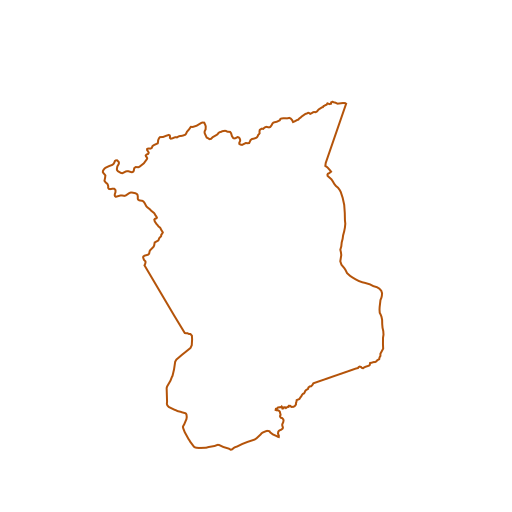 the district of Anajás, Pará, Brazil, rotated 54°
{"feature_id": "56859067B41993569024253", "entity_name": "Anajás", "entity_type": "district", "adm_level": 2, "iso_a3": "BRA", "parent_name": "Brazil", "parent_adm1": "Pará", "projection": "robinson", "projection_center": [-50.06, -0.792], "detail": "fine", "context": "isolated", "style": "outline", "palette": "amber", "viewbox_px": 512, "rotation_deg": 54, "n_neighbors": 0, "source": "geoboundaries", "source_scale": "gbopen_adm2", "svg_char_len": 6148}
<svg xmlns="http://www.w3.org/2000/svg" viewBox="0 0 512 512"><g transform="rotate(54 256 256)"><path d="M113.2,232.8L114.2,235.7L114.9,238.8L116.0,240.8L116.3,241.9L115.7,244.1L115.1,245.6L114.3,246.9L113.9,247.9L113.7,248.9L113.6,250.3L112.8,250.9L112.2,252.2L111.7,254.4L111.0,256.0L109.8,256.2L108.7,255.3L107.8,254.9L106.8,255.4L106.0,257.8L105.1,261.2L103.4,263.8L103.6,264.9L104.3,266.3L105.0,267.3L106.0,268.1L107.1,269.3L106.3,273.2L106.2,275.0L107.3,276.9L107.1,278.2L105.7,280.0L105.4,281.1L106.1,281.8L108.5,281.9L109.4,282.1L110.0,283.2L109.6,284.8L109.8,286.1L110.8,286.5L111.8,286.3L112.9,286.5L113.5,287.3L115.1,292.3L115.3,297.6L115.1,298.9L113.3,301.1L113.4,302.9L115.1,304.7L115.6,305.6L115.5,306.7L115.0,307.5L112.3,309.5L111.5,310.7L111.1,311.6L110.5,315.4L109.5,316.4L106.2,317.9L104.6,317.9L103.6,317.2L102.0,315.5L101.0,313.2L100.2,312.2L99.2,311.8L97.0,312.1L96.3,313.1L96.2,314.3L97.2,315.8L97.8,317.3L97.8,318.8L96.9,322.0L96.2,325.7L96.2,326.9L96.6,328.5L97.2,329.8L98.1,330.6L99.2,330.7L101.3,330.5L102.3,330.5L104.0,332.1L106.1,334.4L108.2,334.4L110.0,333.9L110.9,333.9L112.8,334.6L113.6,335.3L114.4,335.6L115.4,335.5L116.3,334.5L117.3,332.4L118.2,331.2L119.1,331.0L120.2,331.0L121.7,332.1L123.0,333.9L123.8,334.6L124.8,334.9L125.7,334.6L127.4,330.0L128.1,329.0L130.1,327.0L130.5,325.6L130.6,321.8L130.9,320.3L131.6,319.2L134.3,316.7L135.7,316.0L136.8,315.9L138.3,316.6L140.2,318.0L141.1,318.2L142.4,317.7L144.7,315.4L146.0,315.0L147.8,315.0L151.3,315.5L152.7,315.3L155.8,314.4L157.7,314.2L161.3,313.2L162.3,313.2L163.5,313.4L165.6,313.4L166.8,313.7L166.9,314.9L166.5,315.9L166.8,316.9L168.6,317.6L171.9,317.7L173.0,317.5L174.8,317.5L176.8,316.9L179.2,317.3L182.1,317.5L182.7,318.6L183.1,320.1L184.1,321.0L184.4,321.9L184.5,323.2L185.0,324.3L185.6,325.1L186.0,326.0L185.5,330.0L187.6,332.2L188.3,333.4L189.1,338.1L189.5,339.1L191.3,341.1L191.5,342.6L190.2,346.0L190.2,347.5L190.9,348.2L193.2,348.9L195.4,348.6L196.2,349.1L196.9,349.9L197.5,350.7L198.0,351.7L255.9,357.2L276.4,358.9L277.4,358.0L278.1,356.9L279.5,356.2L280.6,354.9L282.8,354.7L285.9,356.7L290.4,360.4L291.9,363.1L292.4,373.6L293.0,381.3L294.0,383.5L299.6,389.0L303.9,394.0L304.4,395.1L306.6,398.5L309.3,404.6L310.3,405.9L321.6,413.6L323.2,415.0L324.2,415.4L325.2,415.5L326.9,415.3L332.5,412.3L333.5,411.6L335.4,410.6L337.8,408.5L338.9,407.8L341.6,405.6L342.4,405.3L343.5,405.5L345.6,406.7L347.1,408.2L350.1,413.2L350.6,414.5L351.3,415.6L352.8,416.2L356.6,417.2L364.6,418.2L366.3,418.2L367.3,418.4L373.8,418.3L374.7,418.0L375.9,417.1L377.7,415.1L378.9,413.4L381.8,409.0L382.7,406.6L385.4,401.1L386.2,398.1L387.1,397.0L391.3,394.7L395.9,391.2L397.9,390.3L398.4,388.9L398.2,386.7L398.4,385.2L399.0,383.4L400.0,377.6L401.4,372.2L403.7,365.0L403.8,362.7L403.1,357.1L402.7,355.7L402.8,354.2L403.5,351.2L404.0,349.8L404.8,348.9L405.8,348.1L407.0,348.2L410.3,347.2L413.9,345.1L414.9,344.7L415.8,344.0L414.9,343.2L412.6,342.6L411.2,341.2L410.9,340.2L411.0,338.9L411.3,338.0L411.3,336.0L410.8,335.2L409.7,334.7L408.8,334.5L407.7,333.8L407.1,332.9L406.7,332.0L405.4,330.5L404.4,330.0L403.5,330.0L402.5,330.1L401.7,330.9L400.6,331.0L399.6,330.7L399.0,329.5L395.8,328.2L394.8,328.4L393.7,328.9L393.2,329.8L392.1,330.6L391.3,329.7L391.7,328.8L391.5,327.0L392.1,326.3L392.4,325.3L393.2,324.7L392.9,323.7L394.0,323.7L395.0,324.2L395.4,323.3L394.8,322.5L395.4,321.4L396.6,321.2L396.6,319.1L397.2,318.4L396.5,317.5L397.4,316.3L398.9,316.1L400.0,314.4L400.2,313.0L399.9,311.7L399.4,310.7L398.5,310.2L397.9,309.2L396.5,307.8L397.2,305.0L396.4,303.0L396.2,301.9L395.6,300.9L395.3,299.9L395.1,299.0L395.4,297.9L394.9,296.7L394.2,295.7L393.9,294.3L394.1,292.0L393.2,290.9L393.1,289.2L393.8,288.0L393.5,286.2L392.7,284.4L405.7,241.5L406.6,239.3L406.2,238.3L406.4,237.1L407.7,236.2L408.6,236.2L409.7,235.4L409.7,234.0L410.0,232.5L411.1,229.1L411.0,228.0L409.6,226.5L410.2,225.5L411.0,223.1L411.8,222.0L412.0,220.5L411.6,219.2L411.9,217.0L411.0,216.1L410.3,215.0L410.0,214.1L408.2,212.8L405.7,207.6L402.1,205.2L396.8,201.3L394.6,199.1L391.6,197.2L388.4,195.8L385.4,194.0L381.8,191.5L378.9,190.2L376.7,189.6L374.7,189.3L372.0,187.6L370.0,186.0L364.8,181.2L363.4,179.0L362.2,177.6L360.2,175.9L357.8,175.1L354.9,175.4L352.3,176.5L349.3,178.8L345.9,180.5L341.6,183.8L339.8,185.4L336.7,187.5L333.5,189.1L330.0,190.6L327.3,191.6L323.4,192.4L319.8,191.8L317.7,191.7L313.3,192.0L309.8,190.9L305.4,186.5L302.9,185.1L300.5,184.1L298.3,181.3L295.4,178.7L293.0,175.8L290.5,173.4L288.0,170.3L285.3,167.4L282.4,164.8L279.3,163.0L273.4,158.9L266.5,154.6L259.9,151.7L254.0,149.8L251.8,149.5L249.0,149.5L246.3,150.2L243.6,150.3L240.8,150.0L238.3,149.9L233.3,151.0L232.2,150.4L231.7,149.5L232.0,148.3L231.9,145.7L230.5,145.7L227.3,146.0L226.0,146.2L223.9,147.0L221.7,144.9L185.8,93.6L184.6,94.1L183.3,95.8L180.7,100.5L178.5,101.7L177.5,102.7L176.2,103.4L175.9,104.9L176.9,105.7L176.3,107.3L174.5,108.5L175.1,110.0L174.7,111.2L174.7,112.3L174.4,113.2L174.9,114.4L174.5,115.3L174.3,119.1L174.5,120.2L174.9,121.6L174.7,123.3L173.9,124.1L173.3,125.1L173.2,126.8L172.9,128.6L171.9,128.8L170.8,129.6L170.6,131.3L170.1,132.4L170.0,137.2L170.2,138.2L170.2,140.4L170.6,141.6L170.2,142.5L169.8,145.6L169.4,147.3L167.3,146.9L165.3,147.1L163.9,147.8L163.0,149.8L160.7,152.8L159.6,154.9L159.5,155.8L160.2,157.0L159.6,160.3L158.6,162.6L158.3,163.6L158.5,164.8L159.4,166.6L160.0,168.6L159.6,169.9L157.6,171.7L157.2,173.0L157.2,174.4L157.4,175.5L156.4,176.4L156.2,177.8L156.2,178.8L156.9,179.6L157.7,180.3L158.8,180.9L159.2,182.0L159.3,183.0L159.9,183.9L160.5,185.3L160.5,186.4L160.2,187.5L159.7,189.0L159.0,190.4L159.0,192.2L160.6,195.1L159.8,196.6L158.6,197.8L157.9,202.0L156.7,203.1L155.5,203.6L154.6,203.0L153.5,201.1L152.4,200.4L151.1,200.1L150.1,200.2L149.0,200.9L148.6,203.5L148.0,204.6L147.2,205.1L144.8,205.0L142.1,204.0L140.4,204.0L138.6,206.1L137.0,206.9L136.3,207.8L135.2,210.0L135.1,211.1L134.5,212.6L134.4,214.0L134.9,215.5L134.9,216.7L134.4,221.3L134.8,223.5L134.1,225.0L132.9,225.4L131.2,226.3L126.7,225.4L125.5,224.8L124.8,224.0L123.9,222.3L121.6,220.5L120.5,220.1L117.7,219.5L116.6,220.8L116.2,221.9L115.7,227.5L114.4,231.4L113.2,232.8Z" fill="none" stroke="#b45309" stroke-width="2"/></g></svg>